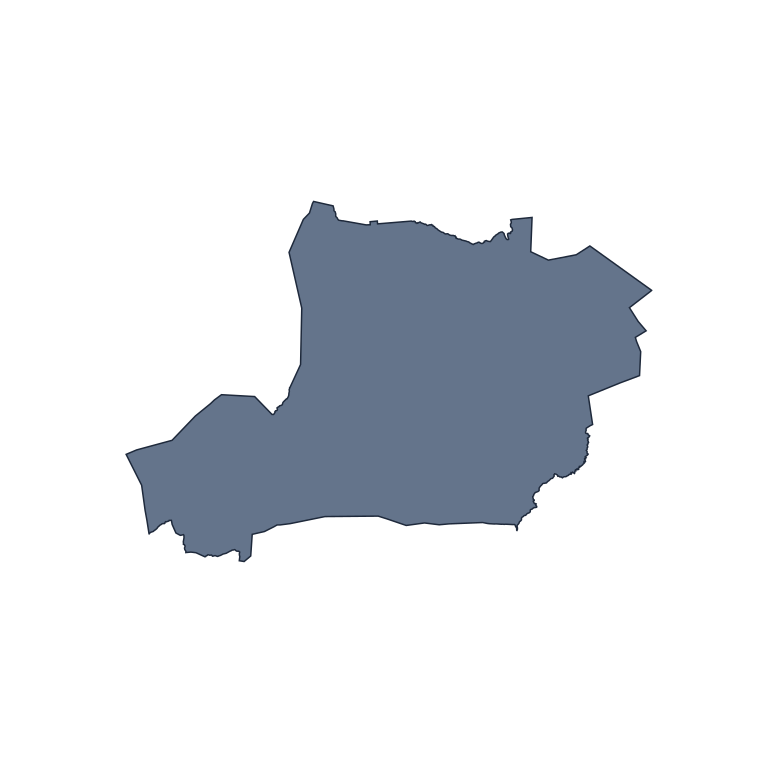 Folldal nor, Hedmark, Norway, rotated 60°
{"feature_id": "86288312B29283811421655", "entity_name": "Folldal nor", "entity_type": "district", "adm_level": 2, "iso_a3": "NOR", "parent_name": "Norway", "parent_adm1": "Hedmark", "projection": "albers", "projection_center": [10.131, 62.156], "detail": "fine", "context": "isolated", "style": "filled", "palette": "slate", "viewbox_px": 768, "rotation_deg": 60, "n_neighbors": 0, "source": "geoboundaries", "source_scale": "gbopen_adm2", "svg_char_len": 6146}
<svg xmlns="http://www.w3.org/2000/svg" viewBox="0 0 768 768"><g transform="rotate(60 384 384)"><path d="M464.7,597.7L467.8,593.9L466.3,585.4L448.3,573.3L452.0,561.3L452.6,550.7L452.6,547.1L454.1,544.4L458.0,535.1L469.3,501.4L495.5,455.1L502.5,448.7L517.6,435.5L524.6,418.4L533.5,406.6L537.7,397.5L553.3,367.8L556.4,364.3L557.6,362.7L560.3,358.6L561.3,356.7L564.0,352.7L565.0,350.9L565.6,350.2L566.2,348.8L570.1,342.8L570.9,341.3L571.4,341.0L573.4,341.3L574.9,341.1L577.0,342.2L577.3,342.1L577.0,341.5L576.4,341.0L575.4,340.4L573.6,339.8L573.0,339.3L572.2,336.9L571.2,335.8L571.0,335.2L570.9,334.1L570.4,332.9L569.2,332.2L568.7,331.8L568.4,331.0L568.4,329.9L568.0,328.3L568.2,327.7L568.5,327.2L568.5,326.8L567.9,325.2L567.8,324.5L568.1,322.9L568.1,322.0L567.7,321.2L566.3,320.3L566.1,319.7L566.4,318.2L566.1,317.0L566.1,316.0L566.3,315.5L566.8,314.3L567.0,313.6L566.9,313.2L566.2,312.9L565.1,313.2L564.6,312.7L563.9,312.9L563.7,312.3L563.3,312.6L562.7,313.5L560.4,313.5L559.9,313.0L560.1,312.3L559.8,312.0L559.4,311.9L558.9,312.4L558.6,312.4L557.3,311.9L556.5,311.8L555.8,311.4L555.6,310.4L554.5,309.5L554.2,308.5L553.6,307.4L554.1,304.5L553.9,303.0L551.7,301.7L550.7,299.6L550.3,297.9L549.6,296.4L549.9,295.3L550.4,294.3L550.5,293.7L550.9,292.7L550.5,291.8L550.2,290.4L550.2,289.5L549.5,287.0L549.5,286.5L549.8,285.7L549.9,285.1L548.8,282.6L547.7,282.3L547.1,281.1L548.4,279.9L549.5,279.4L550.8,279.6L551.1,278.8L552.4,278.2L553.2,276.9L554.1,276.6L554.5,276.3L554.2,275.3L554.4,274.3L555.0,273.3L555.3,272.1L555.1,271.7L555.3,270.1L555.1,269.8L555.1,269.2L554.9,268.9L555.1,268.3L555.1,267.7L555.7,267.1L555.3,266.3L554.8,266.3L554.5,266.5L554.2,266.3L554.8,265.6L554.6,264.8L556.7,263.8L556.4,263.3L555.4,262.8L555.4,262.4L554.8,262.0L554.4,261.4L554.7,261.2L554.1,261.0L554.2,260.2L554.1,259.6L554.3,259.6L554.4,259.9L554.7,259.8L554.8,259.4L555.1,259.0L555.2,258.1L554.1,258.0L554.0,257.6L554.1,256.7L553.9,256.0L553.1,256.0L553.2,255.6L553.5,255.6L553.7,255.4L553.7,254.6L553.4,253.1L553.4,252.6L552.9,251.5L552.8,250.7L552.6,250.2L552.0,250.2L551.3,249.6L552.1,249.2L551.8,248.8L551.9,248.5L551.8,248.2L550.8,248.0L550.0,248.1L549.2,247.7L549.6,247.3L549.6,246.9L549.0,246.7L548.9,245.8L548.5,245.9L548.2,246.4L547.7,246.3L547.7,245.9L547.5,245.5L547.5,244.9L547.3,244.3L547.4,243.8L547.0,243.1L547.1,242.8L546.8,242.3L546.4,242.3L546.1,242.8L545.9,242.8L545.0,242.5L544.1,241.9L542.6,242.0L542.2,240.8L540.9,240.0L540.5,239.1L539.6,238.7L538.9,238.7L538.0,238.1L537.9,237.2L537.1,236.9L536.9,236.6L536.9,236.1L535.5,235.7L534.9,236.0L533.9,234.9L533.5,235.2L532.6,234.9L532.4,234.1L532.6,233.9L532.6,233.5L531.8,231.8L529.9,232.6L529.4,232.3L528.7,232.4L528.3,233.2L527.4,233.9L526.4,233.5L525.0,231.9L524.2,231.7L523.4,230.9L523.2,226.5L523.4,223.6L496.4,213.0L501.1,179.0L504.5,158.5L484.3,145.5L473.4,144.0L469.3,143.0L469.0,130.4L457.0,132.6L440.6,133.3L436.9,105.9L436.7,105.4L367.4,136.7L368.2,152.9L358.9,179.7L342.8,190.8L313.8,172.5L305.5,190.8L305.2,192.2L307.5,192.8L308.4,193.6L308.9,194.6L311.1,195.6L313.0,195.1L314.9,195.7L315.7,196.5L315.6,197.8L315.9,198.7L316.4,198.6L316.7,198.9L316.8,199.2L316.8,199.6L316.3,199.9L315.6,200.9L315.9,202.0L317.7,202.8L320.9,203.6L321.0,204.4L320.3,205.3L319.0,205.6L315.2,205.3L313.7,204.8L311.5,205.5L310.9,206.7L310.6,209.1L310.9,210.2L311.0,213.1L311.5,214.1L311.4,214.7L311.6,215.6L313.5,219.7L313.8,220.8L312.2,222.8L310.9,223.7L310.7,224.5L310.6,225.8L311.3,226.0L311.2,226.6L311.5,227.4L311.4,228.7L310.6,229.8L308.8,230.7L308.3,231.6L308.4,232.6L307.9,234.7L307.9,235.5L307.7,235.7L307.8,237.0L304.6,239.1L303.7,239.4L303.0,239.9L302.1,240.9L301.3,241.4L298.2,244.7L297.0,245.3L296.3,246.0L295.6,247.3L294.7,247.8L294.0,248.6L293.5,248.7L293.1,248.6L292.9,248.1L291.6,248.5L291.1,248.4L291.0,248.9L289.8,249.9L289.4,250.9L288.3,252.2L287.6,252.8L285.8,253.6L284.7,255.9L283.6,256.5L282.9,256.7L282.0,257.2L281.5,258.1L277.7,260.1L275.8,260.6L274.5,261.5L272.9,261.6L272.0,262.6L271.2,262.3L270.5,262.7L270.3,263.1L269.7,263.1L269.5,263.9L268.9,265.1L268.7,266.1L268.7,266.4L268.3,267.4L266.6,267.9L266.2,268.3L266.1,268.9L265.7,269.2L265.3,269.3L263.0,271.3L261.7,271.7L261.5,274.4L261.4,274.7L261.2,274.7L261.3,275.1L260.8,275.2L260.0,276.1L259.1,275.8L258.1,276.4L257.9,276.7L257.9,277.3L257.2,278.4L256.6,278.8L242.1,309.5L239.5,308.3L236.5,314.9L239.2,316.3L237.3,319.9L222.1,338.0L221.9,338.5L219.5,341.3L218.6,341.6L216.6,341.5L214.7,342.0L212.5,340.7L210.4,340.2L209.4,340.6L208.6,340.6L207.6,339.9L204.3,339.0L190.7,353.7L191.9,355.7L198.7,363.1L201.1,371.5L222.5,400.4L277.2,417.3L325.4,446.5L339.8,466.9L340.0,467.6L340.6,467.9L341.5,469.0L343.0,469.6L344.5,471.0L346.1,472.1L347.1,473.2L348.1,474.9L348.4,475.6L348.1,476.0L349.2,480.1L349.8,481.2L350.9,482.2L351.1,482.5L351.1,483.9L350.9,484.4L350.7,485.1L350.9,485.9L351.1,486.0L351.0,487.0L351.2,487.7L351.0,488.0L351.1,488.5L351.7,488.8L352.6,488.9L353.1,489.4L353.4,490.1L353.3,490.5L353.0,491.3L353.4,492.3L354.1,492.6L355.1,494.6L355.0,495.3L354.5,495.8L354.4,496.2L330.2,502.3L312.0,530.1L313.0,538.8L314.3,544.2L317.4,563.4L326.8,595.7L317.4,631.2L316.0,642.5L350.5,644.5L373.8,654.0L383.3,657.4L396.8,662.6L396.3,662.1L395.9,661.2L395.8,660.1L396.3,657.7L396.3,657.2L396.0,656.3L396.0,655.0L395.6,652.9L394.9,651.5L394.6,650.3L394.5,649.4L394.2,648.5L394.3,647.3L394.1,646.5L394.3,645.3L395.1,643.9L395.0,643.4L394.6,643.2L394.0,642.0L394.6,641.4L394.7,640.3L394.9,639.9L395.0,639.0L394.7,638.3L395.0,638.1L395.0,637.7L395.8,636.3L399.7,637.7L409.0,638.7L413.2,636.1L413.8,634.5L414.1,633.1L414.9,632.9L417.2,634.1L420.4,636.8L421.3,637.1L422.6,637.9L423.4,637.2L424.7,637.3L425.3,637.6L426.3,638.8L427.8,639.3L429.8,639.2L430.9,639.9L433.0,635.3L436.1,631.2L444.1,625.5L444.3,624.6L443.9,624.0L443.9,623.5L444.1,623.0L443.8,621.8L445.2,620.5L445.8,619.0L446.3,618.7L447.2,618.7L447.5,618.5L448.1,616.1L450.0,614.5L450.2,614.1L450.3,613.0L450.7,611.2L450.8,608.4L451.7,605.3L451.8,600.9L452.0,599.7L451.9,598.6L452.4,597.6L452.7,596.2L452.9,596.0L454.7,595.4L455.3,594.9L456.2,593.4L457.4,593.0L458.6,594.1L459.7,594.7L461.4,595.2L464.7,597.7Z" fill="#64748b" stroke="#1e293b" stroke-width="1.5"/></g></svg>